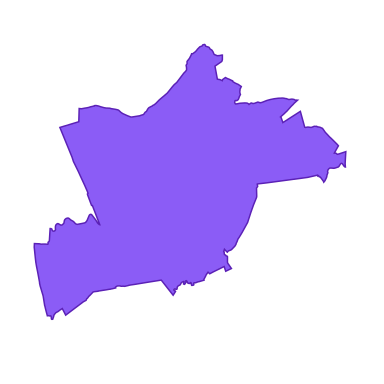 Vladeni, Iasi, Romania (Equal Earth projection), rotated 279°
{"feature_id": "2599482B51425193153488", "entity_name": "Vladeni", "entity_type": "district", "adm_level": 2, "iso_a3": "ROU", "parent_name": "Romania", "parent_adm1": "Iasi", "projection": "equal_earth", "projection_center": [27.345, 47.424], "detail": "fine", "context": "isolated", "style": "filled", "palette": "violet", "viewbox_px": 384, "rotation_deg": 279, "n_neighbors": 0, "source": "geoboundaries", "source_scale": "gbopen_adm2", "svg_char_len": 5898}
<svg xmlns="http://www.w3.org/2000/svg" viewBox="0 0 384 384"><g transform="rotate(279 192 192)"><path d="M255.9,337.6L252.0,330.0L252.0,329.5L252.7,328.5L252.8,327.6L252.7,327.2L252.7,326.5L259.0,328.8L260.5,329.4L261.5,328.3L266.8,321.0L267.9,319.3L271.8,314.3L275.3,310.9L275.5,309.9L275.9,308.7L276.0,307.6L276.0,305.6L276.4,304.9L276.2,304.6L276.1,302.8L275.9,302.2L274.9,300.6L274.4,299.5L274.3,296.3L273.5,293.9L273.6,293.2L273.8,293.1L288.6,286.4L274.8,270.9L278.9,268.7L279.8,268.2L280.0,267.7L284.1,271.1L285.3,271.9L286.3,272.8L292.2,276.6L294.3,278.2L295.6,279.0L299.2,281.9L299.1,280.6L298.9,279.7L299.0,279.2L299.2,278.9L299.4,278.2L299.4,276.7L299.3,275.7L298.6,273.6L298.5,273.1L299.0,270.4L298.9,269.4L299.0,269.0L299.0,267.0L298.1,262.5L297.0,258.7L295.6,254.9L294.1,251.6L291.4,247.0L291.0,245.9L290.8,245.4L291.1,243.3L291.1,242.9L289.5,240.1L288.9,238.4L289.2,236.9L289.1,236.4L288.6,235.8L287.4,234.6L287.8,234.2L288.1,233.6L288.4,232.7L288.4,231.8L288.2,230.1L287.1,225.2L286.0,222.3L285.8,221.1L286.5,220.5L287.2,220.1L287.6,220.1L288.8,220.2L289.1,220.4L289.3,222.0L290.1,222.9L291.0,223.4L293.8,223.9L295.9,224.6L296.7,224.1L298.1,223.6L298.9,223.5L299.9,223.5L301.0,223.4L301.5,223.4L302.1,223.7L303.9,224.2L305.0,221.8L305.4,221.2L306.3,217.7L307.3,215.3L307.9,214.5L308.2,214.6L308.4,213.7L309.2,211.1L309.5,209.5L310.3,207.1L307.9,204.7L307.6,204.6L306.7,204.5L307.4,202.0L307.4,199.4L319.9,195.0L325.4,200.8L325.7,201.0L326.6,201.2L327.5,201.3L332.0,200.6L332.0,200.3L331.1,197.9L330.6,195.8L330.6,195.4L331.0,193.8L331.2,192.8L331.3,192.5L331.7,192.1L333.9,190.7L335.2,189.5L336.2,187.3L337.2,186.6L337.5,186.2L337.7,185.8L337.8,184.9L338.1,182.8L339.5,181.8L339.7,181.4L339.6,180.9L338.9,179.5L338.0,179.2L337.6,178.9L337.3,178.2L336.6,177.0L333.8,175.0L332.8,174.5L331.2,173.5L329.0,171.4L328.6,170.8L328.5,170.5L328.5,170.0L327.0,169.7L323.7,168.6L322.0,167.7L320.9,167.0L320.0,166.7L319.7,166.7L318.4,167.1L317.7,167.0L317.0,166.6L316.0,166.4L314.5,167.0L312.2,167.5L311.3,167.4L309.9,166.6L308.1,165.3L297.8,159.8L295.2,157.6L292.8,156.1L285.8,152.1L277.9,145.3L273.9,142.5L272.1,140.9L271.7,140.1L270.7,139.2L269.5,137.5L268.6,136.3L267.9,135.8L266.8,135.2L265.0,134.6L264.3,134.2L263.4,133.2L261.1,132.1L260.8,131.7L259.9,129.8L259.1,128.4L256.7,121.0L256.5,119.9L257.3,116.1L258.6,111.4L259.5,109.4L261.2,106.9L261.4,106.5L261.6,105.2L261.7,103.1L261.7,99.3L261.9,97.7L261.5,94.2L261.5,92.2L261.9,88.5L262.3,86.3L262.4,84.0L262.3,83.0L262.0,82.1L261.7,82.1L260.2,78.3L259.4,76.8L258.6,74.7L258.1,73.1L256.9,69.7L256.8,67.5L243.7,69.2L235.1,51.4L207.6,68.1L203.6,70.1L194.2,76.7L190.4,79.2L181.9,84.9L176.1,88.6L174.5,89.5L173.7,89.0L173.4,89.1L172.2,89.7L163.0,94.9L163.1,95.7L145.3,106.0L145.3,105.6L146.0,104.4L146.5,103.7L149.1,101.5L151.8,98.7L153.8,96.6L154.1,96.0L154.1,95.5L154.0,95.1L153.7,94.7L153.2,94.3L152.7,94.1L147.4,92.8L145.4,91.7L144.8,91.0L144.1,89.3L142.1,83.8L142.1,83.0L142.5,81.9L143.4,80.7L144.3,79.6L145.5,76.5L146.7,74.6L146.9,73.7L146.7,72.9L146.2,71.9L145.5,71.2L144.6,70.6L143.7,70.4L142.1,70.4L141.1,70.3L140.2,69.7L139.3,69.0L138.9,68.3L138.8,67.6L139.1,66.7L139.6,65.5L139.8,64.7L139.7,64.1L139.4,63.6L138.6,63.0L137.9,62.6L136.5,62.5L134.9,62.7L133.6,63.1L132.4,62.7L131.8,61.9L131.6,61.1L131.7,60.7L132.5,59.8L133.5,59.3L133.8,58.4L133.7,57.6L121.9,58.7L121.0,58.6L120.7,58.5L119.8,57.7L118.8,57.9L118.0,57.9L117.9,57.8L117.8,57.6L117.7,56.1L117.3,53.1L116.9,51.4L116.9,50.4L117.0,49.7L116.4,44.4L112.8,44.8L101.9,47.7L98.3,48.7L94.4,50.0L88.2,52.3L79.1,55.5L78.1,55.7L75.5,56.7L66.1,61.2L64.0,61.9L56.6,64.3L55.8,64.8L55.1,65.0L51.8,66.4L47.1,68.5L47.4,69.3L47.3,70.6L47.5,71.7L47.4,72.1L46.5,72.5L44.6,73.0L44.3,73.4L44.5,74.3L46.1,74.6L46.9,74.8L48.7,74.9L49.8,75.4L51.6,76.5L52.9,78.3L54.7,80.0L56.6,82.1L53.8,84.2L50.6,86.5L66.4,101.7L67.3,102.8L68.4,104.3L70.0,104.7L70.2,104.8L70.8,105.4L72.8,106.4L73.6,107.1L77.8,110.0L78.2,110.9L79.3,114.8L79.5,114.9L81.9,122.4L83.0,125.6L83.1,126.2L83.7,127.6L84.0,128.5L85.3,131.6L86.0,131.3L86.4,131.6L87.4,132.8L87.7,133.6L88.0,135.7L87.8,136.6L87.9,137.3L88.2,138.6L88.3,140.3L89.7,143.8L89.9,144.0L90.6,146.0L91.8,149.9L96.3,163.5L100.1,175.2L100.1,175.5L87.1,189.5L91.2,191.3L91.3,191.3L91.6,190.9L91.8,190.1L92.2,189.5L92.6,189.4L93.3,189.7L93.5,190.0L93.6,190.4L93.4,191.4L93.6,192.2L94.1,192.4L95.2,192.3L96.4,192.5L97.5,193.5L98.2,194.6L98.7,195.0L100.4,195.5L101.3,196.2L102.3,197.6L102.3,198.1L101.9,198.2L100.4,198.0L99.9,198.0L99.6,198.6L99.6,199.0L99.9,199.3L101.6,200.1L102.2,200.1L103.0,199.8L103.3,199.8L103.5,200.2L103.3,200.7L101.5,202.1L101.2,202.5L101.3,203.6L101.3,204.3L102.1,204.5L102.3,204.7L102.3,204.9L102.0,205.4L101.6,205.6L99.8,206.2L99.7,206.5L100.3,208.1L100.5,208.2L100.7,208.3L102.1,207.9L102.5,208.1L102.8,208.8L102.8,209.4L103.1,210.1L104.2,211.9L104.5,212.9L106.8,217.7L107.5,217.4L111.3,218.7L111.9,218.8L112.7,219.1L115.3,220.4L114.0,222.3L116.5,225.6L123.4,235.4L119.0,237.7L122.6,242.9L126.0,239.7L127.2,238.5L127.8,238.2L128.2,238.0L133.5,237.2L134.0,237.0L134.4,235.4L134.9,235.1L135.3,233.9L135.6,233.7L136.8,233.3L137.3,233.3L137.6,233.2L138.2,232.9L138.2,232.7L140.5,233.0L138.5,235.6L138.1,236.3L139.0,236.8L139.6,237.3L140.7,239.4L141.5,240.2L145.2,242.8L147.1,243.6L148.3,243.7L150.2,244.3L152.5,244.7L154.9,245.8L159.8,247.8L170.6,251.7L180.9,253.3L189.0,254.8L196.7,256.6L197.9,256.6L206.0,255.1L207.7,256.0L210.0,255.2L210.3,255.7L212.7,264.3L224.5,303.9L228.3,313.4L227.4,313.8L227.8,314.5L226.9,315.3L226.8,316.4L223.3,320.0L222.3,320.6L223.8,321.5L227.0,322.5L228.0,322.7L229.9,322.7L231.3,323.0L232.3,323.2L233.4,322.7L234.1,322.7L235.2,322.9L236.0,323.3L237.0,324.1L237.4,325.3L237.6,328.3L238.0,329.5L239.6,332.6L240.4,333.2L242.8,334.2L243.3,334.5L243.6,335.0L243.7,335.4L243.5,336.0L242.5,337.0L241.4,338.0L240.7,339.0L240.7,339.6L244.0,338.8L255.9,337.6Z" fill="#8b5cf6" stroke="#5b21b6" stroke-width="1.5"/></g></svg>